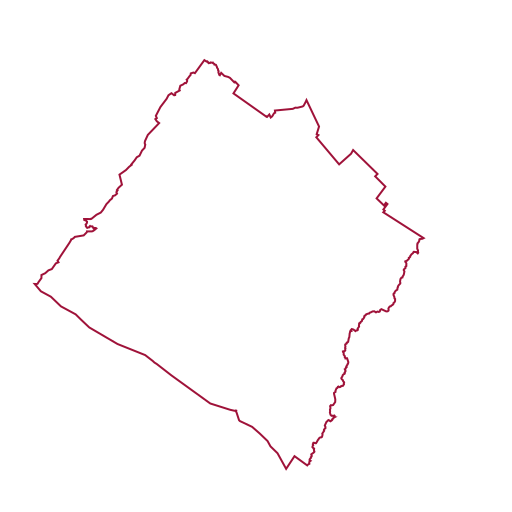 outline of Belgrano, San Luis, Argentina, rotated 216°
{"feature_id": "61730980B87239881423217", "entity_name": "Belgrano", "entity_type": "district", "adm_level": 2, "iso_a3": "ARG", "parent_name": "Argentina", "parent_adm1": "San Luis", "projection": "natural_earth1", "projection_center": [-66.853, -32.771], "detail": "fine", "context": "isolated", "style": "outline", "palette": "rose", "viewbox_px": 512, "rotation_deg": 216, "n_neighbors": 0, "source": "geoboundaries", "source_scale": "gbopen_adm2", "svg_char_len": 6101}
<svg xmlns="http://www.w3.org/2000/svg" viewBox="0 0 512 512"><g transform="rotate(216 256 256)"><path d="M130.9,369.0L178.7,366.2L178.4,368.3L180.3,368.5L180.2,375.3L182.2,375.4L182.2,372.1L192.3,373.5L192.1,388.2L206.4,390.5L205.9,393.8L239.7,398.8L239.2,394.6L242.6,379.0L277.0,387.5L276.6,390.5L278.5,390.2L281.1,397.8L306.8,411.8L306.4,409.9L305.8,405.7L306.0,404.8L306.4,404.1L309.6,400.3L311.4,399.1L312.7,396.7L326.2,384.8L324.7,383.2L325.2,382.4L325.3,381.9L325.0,378.5L325.5,376.7L328.4,378.3L328.8,375.1L329.6,375.1L329.6,374.8L369.8,374.3L370.4,383.9L375.3,384.8L375.5,384.7L375.3,383.8L375.5,383.7L381.8,384.8L383.8,384.5L387.4,383.1L391.8,383.7L391.5,381.0L392.4,381.0L392.9,381.6L394.1,382.2L394.6,382.8L394.9,383.6L395.9,384.0L396.5,384.8L398.3,385.5L398.6,385.9L400.8,387.1L401.6,386.8L402.1,386.4L402.8,386.9L404.1,386.7L404.6,387.1L405.4,386.4L406.4,386.0L406.5,385.3L407.0,385.0L407.5,384.2L408.0,384.2L408.4,384.6L409.8,384.4L409.8,384.8L410.1,384.8L410.5,384.2L412.9,384.1L412.9,368.0L414.5,367.6L416.1,365.4L415.3,363.8L415.5,362.5L415.5,359.5L415.7,357.9L415.1,357.8L414.4,356.8L414.2,354.7L415.3,354.1L415.8,352.0L417.3,349.3L416.0,345.7L415.0,345.1L417.2,340.5L416.0,338.7L416.7,337.9L420.1,338.0L421.3,334.6L420.7,330.7L420.9,320.4L419.4,310.5L417.3,309.3L417.9,307.6L415.4,306.7L412.5,306.6L414.7,290.4L413.4,283.9L412.8,282.5L412.0,281.5L411.1,281.1L409.7,278.0L410.2,274.3L409.2,268.7L410.5,265.8L410.4,262.0L410.7,256.7L410.2,256.6L411.1,253.5L411.7,249.2L414.3,241.6L406.4,234.9L407.3,230.4L407.3,227.7L406.6,227.7L406.5,225.6L405.1,224.8L405.7,222.2L407.0,220.4L406.3,217.8L407.0,215.2L407.0,213.5L407.5,210.1L406.9,203.5L407.1,199.9L409.3,195.6L411.0,189.3L411.4,189.1L411.5,188.7L416.8,184.9L416.1,184.2L414.5,184.7L412.9,184.5L412.6,184.1L412.1,182.8L412.3,181.3L411.6,180.9L411.3,180.2L409.4,179.5L409.0,179.6L408.6,180.4L407.8,181.1L407.8,181.4L408.0,182.1L407.9,182.7L407.4,182.6L405.7,183.8L403.8,182.9L403.4,183.6L402.8,184.0L402.0,184.5L401.4,184.5L402.0,181.9L402.7,180.1L403.2,179.5L407.1,176.6L406.9,176.4L406.9,175.4L407.5,171.4L413.8,165.0L414.0,163.5L414.6,161.8L415.3,160.8L415.0,160.2L414.7,157.1L414.0,139.9L413.8,138.7L413.8,135.5L412.1,134.8L413.6,132.4L413.5,125.4L415.5,122.4L416.4,118.2L418.4,114.5L416.6,112.0L416.6,107.0L416.4,105.2L416.8,104.5L418.6,103.3L409.3,101.0L398.0,102.5L384.2,100.6L367.6,102.8L360.4,101.7L348.9,100.2L316.3,103.4L287.4,110.7L277.9,110.4L275.5,110.1L272.9,110.3L254.4,109.7L206.3,109.8L186.5,116.4L182.3,118.2L181.5,119.2L181.1,119.3L180.7,118.4L179.8,118.0L173.2,113.2L172.0,113.0L158.7,115.5L148.8,114.6L137.9,113.1L132.4,110.5L122.7,109.1L106.5,101.5L107.2,116.7L91.5,116.7L91.5,117.4L90.7,119.3L91.2,119.6L91.9,121.0L91.5,122.3L92.5,122.2L92.8,122.4L93.1,123.3L92.9,124.9L93.4,125.5L93.2,126.0L93.3,126.9L93.5,127.2L94.5,127.7L94.7,128.1L93.8,130.8L93.9,131.4L93.7,131.6L93.7,132.0L95.0,133.0L95.8,134.4L96.1,134.4L96.5,134.1L97.1,134.4L98.1,134.6L98.6,136.1L98.5,136.5L99.4,137.1L99.4,137.9L99.7,138.2L99.8,138.6L99.4,139.0L97.8,139.5L97.4,139.8L97.5,141.5L97.8,143.5L97.6,144.3L97.9,145.2L97.5,146.8L97.1,147.3L96.6,147.6L96.3,148.5L97.1,150.5L98.0,151.3L98.1,154.6L98.5,154.7L98.9,155.4L98.9,156.8L98.6,157.4L99.3,158.5L100.7,159.3L101.5,163.3L101.2,164.2L101.2,165.2L100.8,166.0L98.6,166.0L98.4,166.4L98.3,167.8L98.0,167.9L98.0,168.5L98.4,169.3L98.0,170.0L98.2,170.6L97.6,171.9L97.8,171.8L97.9,172.4L98.4,172.9L98.9,173.0L99.6,171.9L100.2,171.8L101.0,171.1L102.5,171.4L104.3,172.9L104.6,173.7L106.0,175.4L106.1,176.3L106.8,177.2L107.8,178.1L107.7,179.4L107.0,179.6L106.0,180.8L106.1,184.4L107.4,186.4L108.2,187.2L112.0,190.5L112.4,191.2L111.8,192.8L112.5,193.7L113.1,196.3L112.6,197.1L112.9,198.3L112.5,198.9L112.1,198.8L111.2,199.1L110.7,199.8L110.7,200.7L110.1,201.3L110.0,201.7L109.4,202.0L109.4,203.9L110.1,204.5L110.2,205.3L110.9,205.8L111.7,205.8L112.7,206.6L114.1,206.7L115.1,207.2L115.3,207.7L115.3,209.1L115.8,210.7L115.6,211.9L115.1,212.7L115.3,213.5L115.8,213.7L115.8,215.2L116.3,215.6L116.3,215.9L117.6,216.6L117.3,217.2L117.3,217.8L117.6,218.2L117.7,218.6L117.4,219.4L118.0,219.8L117.9,220.2L118.2,220.8L118.1,222.0L118.4,222.4L118.3,223.1L118.9,224.4L122.2,226.8L123.4,225.7L124.0,226.3L124.6,226.2L125.3,227.2L127.1,227.7L128.2,229.3L129.2,229.5L129.6,229.9L129.3,230.3L129.0,230.4L128.3,231.5L128.3,232.1L129.5,233.6L129.4,233.9L130.2,234.5L130.4,235.3L131.6,236.4L131.8,237.0L131.2,238.5L131.7,239.2L131.6,239.5L131.2,239.9L131.0,240.7L132.6,244.0L132.8,245.2L134.7,248.4L135.1,249.6L135.4,250.1L135.3,250.7L134.7,251.4L135.0,251.6L135.7,251.6L135.6,253.2L133.9,253.8L131.4,253.7L131.2,254.6L130.4,255.3L130.2,255.8L130.2,256.2L131.0,256.8L131.1,257.3L131.1,259.5L132.0,260.4L132.3,261.2L132.8,261.8L132.9,262.5L132.4,262.8L132.3,263.4L132.6,264.2L132.1,265.4L132.2,266.0L132.8,267.2L132.3,268.0L132.3,268.6L132.4,270.1L133.0,270.8L132.8,271.2L133.0,271.7L132.5,272.5L132.6,273.6L131.4,275.3L130.7,275.8L130.7,276.9L130.0,277.9L129.1,279.7L127.8,280.8L125.8,280.9L125.2,282.2L124.9,282.6L123.8,282.9L123.3,283.7L123.4,284.5L123.8,285.4L123.3,286.7L118.1,287.7L117.0,288.6L116.7,289.6L116.9,290.2L118.0,291.3L118.2,292.4L118.1,293.8L117.4,294.5L117.3,295.7L116.9,296.3L116.7,297.0L116.6,297.8L117.1,298.6L116.8,299.9L117.0,301.3L118.2,303.0L119.0,303.1L120.0,304.2L121.9,305.3L122.5,306.3L122.1,307.2L122.5,307.7L122.6,310.0L121.9,311.8L122.3,312.7L122.7,313.1L122.9,314.3L123.3,314.8L123.4,316.2L123.1,318.5L123.4,319.1L124.1,319.6L124.5,320.1L125.6,322.3L125.6,323.9L124.9,324.7L125.3,325.6L125.4,327.4L125.7,328.3L126.9,330.8L128.2,331.4L128.5,332.0L128.0,334.1L128.8,335.1L128.5,335.9L128.5,336.4L129.1,336.9L129.7,338.1L130.5,338.7L131.7,339.0L132.1,339.4L131.1,340.9L131.0,342.1L130.7,342.7L130.7,343.7L131.3,344.4L130.9,345.1L130.8,346.0L131.2,346.5L131.2,348.8L130.7,350.5L130.9,351.9L130.7,352.3L129.6,352.7L128.8,353.4L126.7,353.2L126.7,354.0L127.3,354.3L128.0,355.5L128.9,356.2L129.8,356.6L132.3,360.1L132.4,360.8L132.8,361.1L132.6,363.1L132.8,363.5L132.8,364.0L133.1,364.8L133.6,365.5L133.5,365.9L131.5,367.8L130.9,369.0Z" fill="none" stroke="#9f1239" stroke-width="2"/></g></svg>